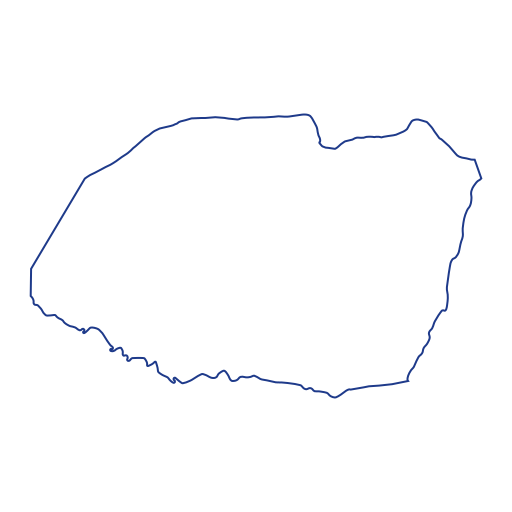 the district of Dolores, Intibucá, Honduras
{"feature_id": "27666195B32253104626052", "entity_name": "Dolores", "entity_type": "district", "adm_level": 2, "iso_a3": "HND", "parent_name": "Honduras", "parent_adm1": "Intibucá", "projection": "robinson", "projection_center": [-88.358, 14.26], "detail": "fine", "context": "isolated", "style": "outline", "palette": "blue", "viewbox_px": 512, "rotation_deg": 0, "n_neighbors": 0, "source": "geoboundaries", "source_scale": "gbopen_adm2", "svg_char_len": 6054}
<svg xmlns="http://www.w3.org/2000/svg" viewBox="0 0 512 512"><path d="M84.8,178.6L31.1,268.8L30.7,296.0L32.2,297.6L33.2,299.4L33.6,300.9L33.6,303.0L33.8,303.6L34.1,304.1L34.5,304.5L35.1,304.8L37.0,305.0L37.7,305.3L38.2,305.7L40.7,308.4L41.6,309.6L42.7,311.6L43.4,312.8L45.1,314.6L46.0,315.3L47.1,315.6L50.8,315.4L54.0,315.0L54.7,315.0L55.2,315.1L55.7,315.5L56.7,316.7L57.6,317.5L59.0,318.4L61.2,319.4L62.0,319.9L62.9,320.6L64.0,322.2L64.8,323.0L66.4,324.2L68.7,325.5L70.0,326.1L72.8,326.7L75.0,327.4L76.1,328.0L78.0,329.5L79.4,330.2L80.0,330.3L80.7,330.1L81.3,329.8L82.0,329.1L82.5,328.9L83.1,328.8L83.7,329.1L84.2,329.6L84.4,330.0L84.3,330.5L84.1,331.0L83.3,331.7L83.1,332.2L83.3,332.8L83.8,333.1L84.4,333.0L85.5,332.3L87.5,330.5L89.6,328.3L90.1,327.9L90.8,327.6L92.3,327.5L94.3,327.8L96.5,328.4L98.1,329.1L99.1,329.8L99.9,330.6L102.3,333.1L103.5,334.9L107.2,340.8L109.9,344.6L110.8,345.6L112.1,346.6L112.8,347.4L112.9,347.8L112.9,348.3L112.8,348.7L112.5,349.0L112.0,349.2L110.9,348.9L110.4,349.3L110.2,349.7L110.2,350.2L110.4,350.6L110.7,350.9L111.9,351.2L112.8,351.2L113.5,351.0L114.7,350.5L116.4,349.1L117.8,348.4L119.6,347.8L120.7,347.8L121.2,348.1L121.5,348.6L122.2,349.8L122.7,351.1L122.8,352.3L122.7,354.0L122.8,354.6L123.1,355.2L123.5,355.6L124.0,355.7L125.3,355.3L126.1,355.3L126.8,355.6L127.4,356.3L127.6,357.0L127.7,357.7L127.6,358.2L127.2,359.2L127.1,359.7L127.3,360.2L127.7,360.7L128.3,360.9L129.4,360.7L130.0,360.2L130.8,359.2L131.3,358.7L131.9,358.3L132.5,358.1L138.3,357.9L142.9,358.0L144.0,358.2L144.4,358.3L144.7,358.6L145.8,360.2L146.7,361.9L147.1,363.3L147.1,365.3L147.3,365.8L147.7,366.0L148.5,365.9L151.6,364.4L153.1,363.4L154.7,361.9L155.2,361.7L155.6,361.8L155.9,362.1L157.0,365.6L157.6,368.0L158.0,371.2L158.3,371.9L158.7,372.4L160.4,373.7L162.5,375.0L164.4,375.9L166.7,376.9L167.6,377.4L168.4,378.2L169.6,379.8L170.9,381.1L172.3,382.2L173.5,382.8L174.0,382.8L174.4,382.6L174.8,382.2L174.9,381.7L174.9,381.3L174.8,380.8L174.5,380.5L173.8,379.9L173.6,379.2L173.6,378.7L173.8,378.3L174.0,378.0L174.4,377.8L174.9,377.7L175.4,377.9L178.9,380.9L181.6,382.9L182.3,383.2L183.0,383.2L186.1,382.4L190.4,380.6L191.9,379.8L197.9,376.0L201.0,374.4L202.1,374.0L203.1,374.1L205.7,375.0L207.0,375.6L209.3,376.9L210.9,377.6L212.0,377.9L213.2,378.0L214.8,377.9L215.9,377.4L216.7,376.9L217.1,376.3L218.1,374.5L218.7,373.7L219.6,373.0L221.0,372.0L222.2,371.3L223.3,370.8L224.0,370.7L224.8,371.0L225.9,372.0L227.2,373.8L228.4,375.7L229.7,378.6L230.3,379.6L231.1,380.4L231.9,380.9L232.8,381.0L234.1,380.9L235.3,380.7L236.6,380.2L237.8,379.4L239.4,377.6L240.0,377.2L240.6,376.9L242.5,376.7L245.8,377.3L248.2,377.3L250.6,376.9L253.2,375.8L254.2,375.7L255.4,376.2L257.1,377.0L260.4,379.0L262.0,379.5L267.1,380.4L275.7,382.3L277.5,382.4L282.0,382.5L287.6,383.0L294.9,384.0L300.0,385.1L300.7,385.3L301.4,385.8L303.4,388.0L304.2,388.6L305.1,389.0L305.9,389.2L306.6,389.2L307.5,388.9L309.1,388.2L309.8,388.1L310.8,388.2L311.6,388.6L312.2,389.0L313.6,390.6L314.6,391.2L316.0,391.3L318.7,391.3L320.9,391.6L324.4,392.2L326.8,392.8L328.0,393.6L329.6,395.4L330.9,396.3L332.8,397.1L334.9,397.5L336.0,397.3L338.1,396.3L340.7,394.7L346.0,390.8L347.6,389.9L349.1,389.4L349.8,389.4L350.6,389.6L363.9,387.3L368.9,386.3L379.1,385.6L392.1,384.2L408.1,381.0L407.7,380.4L407.5,379.6L407.5,378.9L407.6,377.9L408.2,375.6L409.4,372.9L411.1,370.1L413.2,367.8L413.9,366.8L416.4,361.1L418.4,357.2L419.3,356.0L421.1,354.5L422.1,353.2L422.7,351.9L423.1,349.6L423.6,348.2L424.5,346.8L426.1,345.1L427.1,343.8L428.0,342.2L428.9,340.4L429.5,338.8L429.7,337.6L429.6,336.3L429.1,334.6L428.9,333.7L429.0,332.7L429.4,331.6L430.1,330.6L431.4,329.3L432.1,328.4L433.1,326.1L434.1,323.0L434.8,321.4L438.4,315.4L440.3,312.7L441.5,311.1L442.0,310.6L443.0,310.3L443.6,310.4L444.4,310.7L445.2,310.6L445.8,310.0L446.3,309.0L446.8,307.1L447.1,305.1L447.6,301.1L447.8,298.1L447.7,294.6L446.9,289.7L446.9,287.1L448.9,272.6L449.9,266.5L450.5,263.3L451.2,261.4L452.3,259.5L453.1,258.8L454.8,258.0L455.9,257.1L457.7,254.5L458.3,253.3L458.8,252.1L459.3,250.0L460.4,244.5L461.2,241.5L462.3,238.4L462.8,236.2L462.9,234.4L462.7,231.0L462.7,228.4L463.4,222.8L464.2,218.5L465.3,214.7L466.9,210.7L467.8,209.0L469.2,207.2L469.8,206.2L470.4,204.8L470.9,203.1L471.3,200.5L471.5,197.9L471.4,196.4L471.1,194.2L471.1,193.1L471.3,191.4L471.8,189.9L472.5,188.1L473.6,186.2L474.8,184.5L476.4,182.4L477.7,181.1L480.1,179.6L481.3,178.4L474.7,159.7L471.3,159.6L466.5,158.4L462.0,157.6L459.3,156.7L457.3,155.5L456.6,154.8L455.4,153.5L450.5,147.8L449.1,146.2L441.9,139.7L440.9,139.0L439.8,138.5L439.2,138.0L437.2,135.2L434.4,131.4L432.7,128.7L431.5,127.1L428.2,123.4L426.9,122.1L426.5,121.9L421.8,120.5L418.1,119.5L416.3,119.5L414.3,119.9L412.7,120.5L411.8,121.2L411.3,121.8L409.2,125.2L407.5,128.3L407.0,129.1L406.3,129.7L404.9,130.7L403.3,131.6L396.1,134.7L393.4,135.3L388.4,136.0L383.6,136.8L381.7,137.3L381.1,137.3L379.9,137.0L378.9,136.8L376.1,136.8L374.4,137.1L372.1,136.8L369.2,136.7L366.4,136.9L363.6,137.7L360.9,137.8L357.9,137.6L356.7,137.7L354.8,138.3L352.4,139.6L345.3,141.3L344.6,141.6L340.9,144.2L338.3,146.6L337.1,147.6L335.4,148.7L334.6,148.8L328.6,147.9L325.6,147.6L322.5,146.4L322.1,146.1L321.5,145.5L320.6,144.4L319.8,143.5L319.4,142.9L319.4,142.3L320.0,141.8L320.1,141.2L320.2,140.2L320.0,139.0L319.6,137.7L318.8,136.1L318.4,135.1L317.7,132.1L317.2,128.9L316.8,127.4L316.3,126.2L314.7,123.1L312.1,118.4L310.9,116.8L310.2,116.0L309.2,115.4L307.9,114.9L306.2,114.6L304.5,114.5L302.3,114.6L289.3,116.5L287.1,116.7L284.9,116.7L278.5,116.3L273.9,116.8L264.8,117.4L262.4,117.4L253.2,117.5L246.5,117.8L241.8,118.3L240.4,118.6L238.7,119.3L237.4,119.5L228.5,118.6L224.3,117.9L215.3,117.2L205.3,118.0L201.2,118.0L191.5,118.4L185.4,120.2L180.6,121.4L178.7,122.2L177.4,123.3L176.7,123.7L175.0,124.3L173.2,125.2L170.9,125.9L159.7,128.5L154.5,131.0L152.7,132.2L148.8,135.3L146.0,137.1L144.7,138.1L135.5,146.3L133.3,148.0L130.8,150.5L127.9,153.0L126.2,154.2L121.7,157.1L116.1,161.2L113.0,163.2L110.3,164.8L105.5,167.1L95.0,172.7L90.2,175.0L87.2,176.9L84.8,178.6Z" fill="none" stroke="#1e3a8a" stroke-width="2"/></svg>